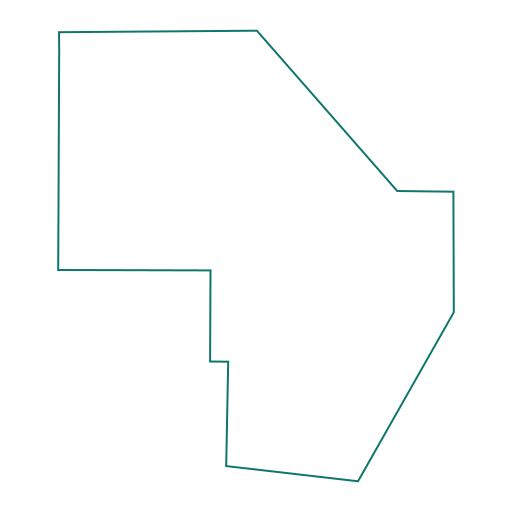 Cameron, Pennsylvania, United States of America
{"feature_id": "52423323B90482699939397", "entity_name": "Cameron", "entity_type": "district", "adm_level": 2, "iso_a3": "USA", "parent_name": "United States of America", "parent_adm1": "Pennsylvania", "projection": "robinson", "projection_center": [-78.213, 41.418], "detail": "fine", "context": "isolated", "style": "outline", "palette": "teal", "viewbox_px": 512, "rotation_deg": 0, "n_neighbors": 0, "source": "geoboundaries", "source_scale": "gbopen_adm2", "svg_char_len": 276}
<svg xmlns="http://www.w3.org/2000/svg" viewBox="0 0 512 512"><path d="M256.9,30.7L59.0,32.2L59.2,48.7L58.2,270.0L210.5,270.4L210.1,361.5L228.2,361.7L226.2,466.1L358.0,481.3L453.8,312.3L453.4,191.7L397.2,191.0L256.9,30.7Z" fill="none" stroke="#0f766e" stroke-width="2"/></svg>